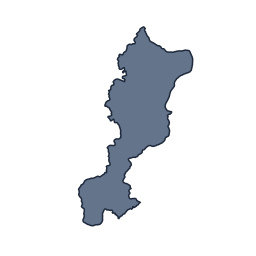 outline of Cumbitara, Nariño, Colombia, rotated 225°
{"feature_id": "7082276B90386853477374", "entity_name": "Cumbitara", "entity_type": "district", "adm_level": 2, "iso_a3": "COL", "parent_name": "Colombia", "parent_adm1": "Nariño", "projection": "natural_earth1", "projection_center": [-77.6, 1.741], "detail": "fine", "context": "isolated", "style": "filled", "palette": "slate", "viewbox_px": 256, "rotation_deg": 225, "n_neighbors": 0, "source": "geoboundaries", "source_scale": "gbopen_adm2", "svg_char_len": 5839}
<svg xmlns="http://www.w3.org/2000/svg" viewBox="0 0 256 256"><g transform="rotate(225 128 128)"><path d="M120.4,53.6L119.7,49.8L117.3,48.4L116.7,47.7L116.0,46.3L115.6,45.9L113.4,45.3L111.5,45.2L110.8,45.0L110.1,44.5L109.3,43.4L108.4,43.0L107.6,42.8L106.6,42.2L105.8,40.3L105.3,39.5L103.9,39.4L102.6,39.8L102.0,39.8L100.7,39.0L99.7,37.7L98.7,36.2L98.4,35.9L97.8,35.8L96.6,34.7L95.4,32.7L95.2,31.7L94.7,31.0L93.7,30.3L93.1,30.1L88.4,31.3L87.1,32.1L85.6,32.6L84.3,33.5L83.6,34.2L82.3,36.9L80.9,38.2L79.8,40.1L79.7,41.8L80.2,43.7L81.0,45.2L81.8,45.7L83.9,48.0L85.0,48.9L85.6,49.7L86.9,52.9L87.1,54.1L86.9,54.5L86.2,55.1L84.9,55.1L84.1,56.1L82.0,57.4L81.6,58.2L81.2,58.5L80.2,58.4L79.5,57.8L79.3,57.1L79.0,57.0L78.4,57.1L77.4,58.3L76.9,58.6L76.5,58.6L75.9,57.8L74.7,58.4L74.0,58.2L72.9,58.4L72.1,58.1L71.0,57.2L70.4,57.7L71.0,58.5L70.7,59.6L70.9,60.4L70.3,61.3L70.5,63.9L69.7,65.0L70.0,65.8L70.1,67.8L70.4,68.7L70.2,69.3L70.3,70.0L69.7,71.4L69.5,72.5L69.2,72.8L68.0,73.2L68.1,74.7L68.2,75.0L68.7,75.2L68.8,75.8L68.4,76.2L67.9,76.0L67.5,76.1L67.2,76.7L67.1,78.0L66.8,78.5L67.1,79.7L66.6,80.7L66.8,81.8L66.8,84.0L67.6,83.9L68.7,83.2L69.6,83.3L70.3,82.8L71.9,83.5L72.7,83.5L73.3,83.1L75.0,81.2L75.9,79.8L76.4,79.5L77.2,79.4L77.8,79.5L80.2,81.1L80.4,81.6L80.3,82.9L81.0,83.6L82.4,83.8L83.1,84.2L83.4,86.0L83.1,87.3L84.6,87.7L85.7,88.7L87.5,88.4L89.5,87.8L90.9,86.9L92.0,86.5L93.0,86.4L93.7,86.6L94.6,87.4L94.6,88.2L94.9,88.7L95.3,89.9L95.3,90.8L95.8,91.4L96.8,91.8L97.7,92.7L97.6,93.9L98.1,94.5L98.3,95.2L98.2,97.6L98.4,98.7L98.4,101.0L99.1,101.8L99.5,104.2L100.4,104.9L101.5,105.4L104.4,105.6L105.4,105.9L105.7,106.4L105.6,107.5L104.5,109.2L103.7,111.0L101.9,112.5L101.8,113.5L101.2,114.4L101.2,114.9L101.7,116.5L101.2,117.5L101.1,118.2L100.8,118.9L100.7,120.5L101.0,121.2L101.9,122.1L102.0,122.6L101.2,124.3L101.4,127.2L101.0,129.9L99.7,131.6L98.3,132.0L97.0,133.0L95.6,135.7L95.5,136.9L94.6,137.7L94.4,138.8L93.5,141.2L93.3,142.6L93.3,145.1L94.4,147.2L94.6,148.1L93.8,150.6L93.9,151.7L96.5,155.3L98.2,156.4L99.0,156.6L99.7,157.1L100.0,157.0L101.0,157.5L101.3,158.0L101.3,159.0L101.8,160.0L102.8,161.3L104.4,162.0L106.3,162.4L107.1,163.1L107.9,164.5L108.7,164.5L108.9,164.8L109.0,166.0L108.4,167.2L108.1,167.4L108.0,169.2L108.4,170.1L109.0,170.2L109.8,169.4L111.0,168.9L112.2,168.1L112.6,168.0L115.8,168.7L117.2,169.7L118.1,170.9L118.6,172.0L120.0,176.6L120.9,179.1L122.6,181.8L123.9,184.3L124.7,189.9L125.3,191.0L126.7,192.2L127.3,193.1L127.8,194.0L128.4,197.4L128.1,199.3L128.2,200.4L127.7,202.7L127.2,203.5L126.7,205.4L124.4,210.2L124.0,211.5L124.1,213.6L127.1,218.2L130.7,222.2L132.4,223.4L137.4,225.4L138.6,225.8L139.3,225.9L139.8,225.7L141.6,224.4L142.7,223.4L144.4,220.5L146.3,218.7L147.7,216.9L150.0,213.1L151.7,211.8L152.2,211.0L153.8,209.7L154.8,209.2L155.9,209.1L158.3,209.4L159.0,209.1L159.8,208.3L160.5,208.2L161.2,208.2L162.1,208.6L162.9,208.5L164.0,208.2L165.2,207.2L170.7,206.0L172.4,205.3L174.2,205.1L174.9,205.3L176.2,206.1L177.7,206.7L179.2,206.6L180.7,207.1L181.9,207.7L183.2,207.9L183.6,208.4L184.8,208.4L185.9,209.3L186.1,210.5L187.8,210.7L188.3,210.6L188.9,209.6L189.4,207.1L189.4,206.4L188.8,205.5L188.4,204.4L188.5,200.7L188.2,200.3L187.0,200.4L186.7,200.2L186.4,198.8L186.7,196.4L186.5,195.1L185.5,194.1L184.2,194.0L183.6,193.8L183.2,193.5L182.8,192.5L182.9,192.1L183.7,191.5L184.2,190.9L184.4,189.6L185.9,188.6L186.5,187.6L186.7,186.1L186.6,185.3L184.8,183.3L184.5,182.3L183.8,181.3L183.8,180.5L184.3,178.8L184.1,177.6L183.5,176.3L183.9,175.5L185.8,174.5L186.0,174.0L185.9,173.5L185.6,172.9L185.2,173.0L184.8,172.7L184.7,170.8L184.3,169.6L183.8,168.9L181.9,168.7L181.4,168.0L181.1,167.3L180.6,166.6L179.8,166.3L178.7,165.2L177.4,164.9L176.3,163.8L175.5,163.7L174.4,164.5L173.9,165.9L173.8,167.5L173.4,167.9L172.1,167.2L171.5,166.6L171.4,165.9L171.6,164.3L171.5,164.0L171.1,163.6L170.7,163.5L170.3,163.9L170.3,164.3L170.6,164.8L170.5,165.5L170.2,166.2L169.7,166.6L169.4,166.6L168.6,165.7L167.7,165.3L166.5,164.4L166.5,163.9L167.0,162.7L168.1,161.1L168.0,160.0L167.3,159.5L166.9,159.4L166.2,159.6L165.5,160.2L165.0,160.3L164.5,160.0L163.4,158.7L163.3,158.3L163.5,158.1L164.4,157.9L166.5,156.9L168.5,156.1L170.1,155.2L170.7,154.3L171.2,153.4L171.4,151.8L171.2,150.3L171.0,150.0L169.6,149.7L168.8,148.6L168.7,147.8L169.4,147.1L169.5,146.6L169.3,145.2L167.7,143.3L167.4,142.6L167.4,142.2L168.0,141.5L168.1,140.8L167.9,140.6L167.2,140.8L166.9,140.6L166.3,139.6L165.8,138.2L164.4,138.0L164.0,137.1L163.7,136.8L162.7,136.3L161.8,136.1L160.9,135.1L160.8,134.3L161.5,133.0L161.8,131.5L161.7,130.6L160.6,128.0L160.1,127.4L159.7,127.3L159.3,127.4L158.6,128.4L156.7,128.4L155.3,129.0L154.7,128.9L154.0,128.3L150.9,127.7L150.5,127.3L150.2,126.4L149.8,126.1L149.1,126.1L148.6,125.4L148.6,124.7L148.9,124.0L150.1,122.2L150.1,121.8L149.8,121.5L147.3,121.4L145.4,120.8L145.1,121.0L144.8,121.8L144.7,123.5L144.5,124.0L144.1,124.1L143.2,123.6L142.0,122.7L141.4,122.5L140.8,122.7L139.8,123.9L139.4,124.1L138.4,123.9L138.0,123.7L136.4,123.7L131.7,121.3L128.8,118.3L128.3,118.3L127.8,117.8L126.4,115.9L126.7,114.0L126.9,113.4L128.2,112.4L128.7,111.7L129.0,110.8L129.0,109.5L128.6,108.8L128.2,108.5L126.3,108.1L125.4,107.1L125.2,106.6L125.2,106.3L125.8,105.4L128.1,103.4L128.6,102.7L128.9,100.8L128.8,99.5L128.5,99.3L127.2,99.2L125.9,98.3L125.1,97.3L123.1,96.6L122.0,94.6L121.8,94.0L120.3,93.8L119.9,93.4L119.5,92.4L118.7,91.6L118.4,91.6L118.1,91.2L117.4,90.8L115.7,90.4L114.8,89.3L114.6,88.8L114.7,88.4L115.7,87.0L116.1,86.1L116.1,85.7L116.0,85.4L114.8,84.9L114.0,83.9L113.6,83.0L112.0,81.9L111.8,81.7L111.7,81.2L112.5,80.7L112.7,80.3L112.7,79.6L112.3,78.6L112.3,78.1L112.7,77.0L113.0,74.8L113.3,73.8L113.6,73.3L115.0,72.8L115.5,72.1L116.9,68.1L118.5,66.4L119.2,65.2L119.3,64.6L120.5,62.9L121.2,60.7L121.1,59.5L120.8,59.2L120.3,57.0L120.3,56.1L120.7,55.1L120.8,54.5L120.4,53.6Z" fill="#64748b" stroke="#1e293b" stroke-width="1.5"/></g></svg>